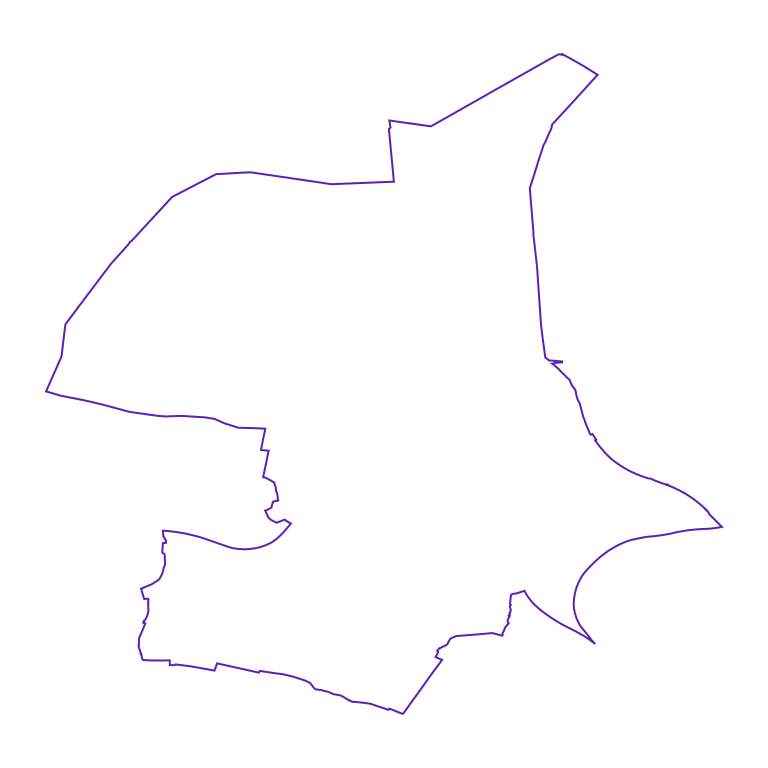 outline of Arnhem, Gelderland, Netherlands
{"feature_id": "6326949B83148599629942", "entity_name": "Arnhem", "entity_type": "district", "adm_level": 2, "iso_a3": "NLD", "parent_name": "Netherlands", "parent_adm1": "Gelderland", "projection": "robinson", "projection_center": [5.9, 52.006], "detail": "fine", "context": "isolated", "style": "outline", "palette": "violet", "viewbox_px": 768, "rotation_deg": 0, "n_neighbors": 0, "source": "geoboundaries", "source_scale": "gbopen_adm2", "svg_char_len": 6020}
<svg xmlns="http://www.w3.org/2000/svg" viewBox="0 0 768 768"><path d="M562.2,54.1L562.1,54.8L561.4,54.6L560.2,54.4L558.5,54.4L548.1,60.0L498.9,87.8L431.2,126.2L430.6,126.3L389.3,120.5L390.5,127.5L388.9,129.2L389.1,131.2L393.9,181.7L331.4,184.2L250.6,172.3L241.3,172.7L216.0,174.2L172.2,196.9L131.3,241.2L130.4,241.6L129.8,242.1L129.4,242.8L128.9,243.8L117.7,256.4L111.3,263.4L87.1,295.4L65.5,324.2L64.9,328.1L61.5,356.5L46.1,391.4L60.7,395.7L81.5,399.8L86.1,400.7L97.6,403.4L103.3,404.8L126.2,411.0L130.2,412.0L157.3,415.8L166.3,416.5L169.2,416.3L181.6,415.9L205.3,417.4L214.5,418.9L224.4,423.3L238.1,427.7L255.1,428.2L265.3,428.7L263.1,439.4L262.7,441.1L261.0,450.0L268.7,450.7L267.5,456.1L265.6,465.8L265.1,468.0L263.1,477.1L265.5,477.7L271.6,480.9L271.8,481.2L274.3,482.5L274.2,483.0L274.6,484.6L275.0,485.4L275.3,485.9L275.6,486.8L276.0,489.7L276.0,490.7L277.1,493.1L277.7,497.4L277.7,498.1L277.8,498.7L278.3,500.0L278.0,500.7L277.3,500.8L275.9,500.8L275.4,501.0L273.9,501.5L272.9,501.9L273.0,502.3L272.7,502.6L272.6,503.4L272.0,505.1L271.5,507.5L266.7,510.2L265.2,510.6L268.8,518.3L269.8,518.7L270.4,519.4L271.7,520.3L273.0,521.0L275.6,522.2L276.5,522.8L284.7,519.6L284.9,519.6L286.0,520.7L290.9,523.6L285.2,530.3L283.2,532.5L279.8,536.0L277.5,538.1L275.9,539.4L272.1,542.1L270.9,542.8L268.5,544.0L264.3,545.7L261.9,546.6L259.2,547.4L255.4,548.2L249.8,549.0L248.6,549.1L244.6,549.3L241.2,549.1L238.9,549.0L235.1,548.5L232.6,548.1L230.7,547.6L226.3,546.2L209.7,540.4L200.2,537.2L194.2,535.6L188.3,534.2L185.7,533.6L176.2,532.0L167.9,531.0L162.8,530.7L163.3,535.4L163.3,536.1L165.9,540.5L165.7,540.5L165.9,542.9L162.9,543.1L162.5,549.6L162.2,552.2L162.6,552.8L162.9,553.1L163.5,553.5L164.2,553.8L164.5,554.1L164.6,554.3L164.7,555.6L164.9,559.7L165.1,563.8L165.0,564.5L164.6,566.1L163.6,568.0L163.2,570.8L162.2,573.6L161.8,574.6L160.1,577.8L159.5,578.8L158.8,579.6L158.0,580.3L152.1,584.0L150.5,584.8L142.7,588.0L142.8,588.1L141.1,588.8L144.2,599.0L147.4,598.7L148.2,598.8L148.3,599.0L148.4,599.4L148.1,604.7L148.4,609.3L148.1,613.0L147.3,615.5L146.7,617.0L146.0,618.3L144.8,620.3L144.6,620.5L144.1,620.8L143.8,620.8L143.8,621.3L143.9,621.5L143.2,622.7L145.3,623.4L142.6,630.0L139.1,638.2L138.8,645.2L138.6,645.3L138.6,646.3L139.2,648.4L139.9,650.4L140.3,651.6L140.7,653.8L141.2,653.7L142.2,658.9L143.2,660.1L146.7,660.1L147.2,660.1L147.6,660.3L148.2,660.4L152.5,660.4L160.6,660.5L164.0,660.5L165.0,660.4L169.8,660.4L169.8,665.1L174.7,665.2L174.8,665.0L175.6,664.4L190.5,666.3L194.0,666.9L214.5,670.6L217.1,663.4L258.7,672.6L259.0,672.5L259.8,670.9L273.9,673.1L278.0,673.6L282.4,674.1L286.8,675.1L294.6,677.1L304.9,680.5L305.0,680.5L308.8,682.3L309.7,682.8L310.1,683.1L310.5,683.5L313.8,687.8L314.9,688.8L316.2,689.4L318.9,689.8L321.0,690.0L322.0,690.2L323.0,690.6L328.9,692.1L332.3,693.7L334.1,694.3L339.6,695.2L340.6,695.5L342.0,696.1L346.5,698.8L348.9,700.4L349.3,700.2L351.9,701.7L352.0,701.6L352.6,701.9L353.7,701.8L361.9,702.6L369.6,703.6L370.9,703.9L377.8,706.3L382.5,707.8L388.5,709.8L389.4,708.7L392.4,709.8L398.9,712.4L399.1,712.6L402.8,713.9L404.8,711.5L412.9,700.1L418.0,693.2L431.2,674.6L442.1,659.9L435.6,657.1L437.4,653.6L437.8,652.7L438.1,651.9L438.1,651.6L437.9,651.4L437.6,651.4L437.1,650.8L439.1,648.6L439.5,648.5L439.4,648.3L440.2,647.9L440.3,648.0L445.2,645.6L446.4,644.9L447.2,644.4L447.6,643.8L448.0,643.1L448.1,642.7L449.4,640.3L449.8,639.5L450.4,638.8L450.8,638.5L454.4,636.9L455.3,636.4L456.3,636.1L457.0,636.0L483.8,633.9L491.6,633.1L492.9,633.2L502.3,635.7L502.6,635.0L502.7,632.7L504.0,630.7L504.4,629.3L504.9,628.0L506.7,625.4L506.9,625.3L507.4,625.2L508.7,622.7L508.0,622.1L507.7,621.6L507.6,621.1L507.5,620.7L508.1,619.0L509.5,616.4L509.6,616.2L508.7,615.9L508.6,615.7L509.0,615.2L509.6,614.8L509.9,614.3L509.8,613.9L509.5,612.9L509.8,612.6L510.3,612.3L510.7,610.0L510.8,609.7L510.3,608.1L509.9,606.8L510.2,605.7L510.8,605.0L510.1,604.1L510.1,602.9L510.3,601.5L510.4,599.4L510.5,598.8L510.7,596.3L510.9,596.1L510.9,595.0L512.5,594.0L513.1,593.8L516.3,593.5L524.5,590.8L526.4,594.4L528.0,596.9L532.3,602.4L533.7,603.8L537.5,607.4L541.5,610.8L547.1,614.9L551.4,617.9L558.8,622.5L563.5,625.2L576.2,631.6L583.5,635.7L585.9,637.2L590.4,640.3L595.3,644.0L593.6,642.3L591.5,640.0L588.8,636.4L586.2,633.1L581.2,627.1L579.6,624.7L578.2,621.9L576.8,619.0L575.5,615.1L574.7,612.5L574.3,610.3L573.9,608.0L573.7,604.3L573.8,601.7L574.0,599.1L574.6,595.1L575.2,592.3L575.8,589.8L576.8,586.8L578.2,583.3L579.9,579.7L580.9,578.0L582.7,575.0L585.2,571.8L587.1,569.6L592.1,564.5L596.1,560.6L599.4,557.7L602.8,554.9L605.7,552.7L608.7,550.6L614.0,547.4L619.8,544.3L625.6,541.8L629.2,540.5L632.8,539.6L642.8,537.5L647.1,536.8L654.8,536.1L662.5,535.1L670.8,533.6L675.6,532.4L678.7,531.8L684.6,530.8L688.6,530.2L695.3,529.5L700.5,529.1L708.1,528.8L712.6,528.4L718.4,527.6L721.9,526.9L709.1,514.1L709.0,513.9L708.7,512.6L705.8,509.8L706.3,509.8L702.6,506.4L697.4,502.0L692.5,498.3L687.0,494.7L683.2,492.4L682.9,492.4L682.8,492.2L678.8,490.1L674.9,488.2L671.2,486.6L668.4,485.5L668.4,484.9L666.7,485.0L666.7,484.3L665.2,484.3L660.3,482.6L653.0,479.8L651.7,478.9L648.1,478.3L645.9,477.6L641.7,476.2L635.7,473.8L631.1,471.7L628.8,470.5L623.5,467.5L619.7,465.1L615.4,462.2L611.3,458.9L609.6,457.3L605.5,453.3L600.1,447.0L597.3,443.4L595.1,440.3L596.2,439.8L592.4,434.0L590.7,434.7L589.4,432.8L588.7,430.6L585.7,423.6L584.3,419.3L583.3,417.0L582.1,412.7L581.7,410.9L581.2,409.0L579.7,403.2L577.5,399.3L576.3,394.8L575.7,391.2L574.9,389.3L571.9,385.4L570.1,381.2L569.6,379.8L566.8,377.4L564.1,374.5L562.7,373.3L557.5,368.0L553.2,364.3L552.2,363.6L556.7,362.7L562.0,362.4L562.2,361.5L550.7,360.5L548.9,360.5L548.0,359.5L545.3,357.5L543.8,346.3L543.0,340.8L542.7,338.3L541.7,330.3L541.3,326.8L541.0,324.4L537.0,266.4L533.3,233.7L533.5,233.5L529.8,188.2L534.8,172.6L538.9,159.4L542.0,150.1L543.5,145.2L544.9,142.8L546.1,140.2L548.1,135.5L550.4,130.5L551.4,128.2L552.1,124.6L571.6,103.4L587.7,85.7L593.3,79.5L597.6,74.9L589.2,69.5L583.2,65.8L567.8,57.1L562.2,54.1Z" fill="none" stroke="#5b21b6" stroke-width="2"/></svg>